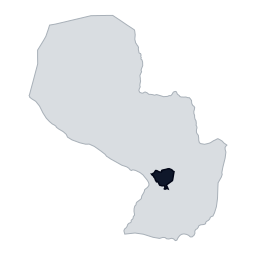 Paraguay, with Cordillera highlighted
{"feature_id": "PRY-604", "entity_name": "Cordillera", "entity_type": "Department", "adm_level": 1, "iso_a3": "PRY", "parent_name": "Paraguay", "parent_adm1": "", "projection": "robinson", "projection_center": [-57.018, -25.289], "detail": "fine", "context": "in_parent", "style": "filled", "palette": "ink", "viewbox_px": 256, "rotation_deg": 0, "n_neighbors": 0, "source": "natural_earth", "source_scale": "10m", "svg_char_len": 4268}
<svg xmlns="http://www.w3.org/2000/svg" viewBox="0 0 256 256"><path d="M134.8,39.3L135.3,41.3L135.6,42.8L136.4,43.9L137.2,45.3L137.9,46.1L138.5,47.5L138.3,49.0L138.7,51.0L139.0,52.7L139.4,53.2L140.6,53.6L141.1,55.2L140.7,56.0L140.9,56.9L141.3,57.7L140.9,58.6L141.1,59.3L141.9,59.8L142.6,62.0L142.7,65.7L141.9,67.7L141.3,69.3L141.1,70.3L141.6,71.7L140.8,73.4L139.9,75.5L140.1,77.0L140.3,78.3L140.3,79.8L140.6,81.1L140.3,82.5L140.0,83.8L139.8,85.3L140.2,86.9L139.5,88.4L139.1,89.5L138.9,90.6L139.7,92.3L141.4,93.0L142.8,93.2L144.2,92.3L145.2,92.0L147.1,92.8L148.8,94.3L150.9,94.4L152.9,94.7L154.4,95.2L156.6,94.6L158.8,95.2L161.5,96.0L163.6,96.7L165.8,96.5L167.5,96.4L169.2,95.6L170.8,95.7L172.1,94.3L172.8,93.0L173.4,92.1L175.2,91.4L176.4,91.8L177.4,94.2L179.2,95.5L179.9,96.5L181.2,97.0L184.1,97.1L185.9,97.0L187.9,97.7L189.3,97.7L190.4,98.9L191.5,100.5L191.7,103.3L192.7,105.4L194.0,106.3L194.7,107.6L194.4,109.5L193.8,111.4L193.9,113.5L194.6,115.4L194.6,117.2L195.0,119.1L196.0,120.8L196.3,123.4L196.1,125.3L196.7,126.3L197.0,127.9L196.6,129.1L196.4,130.9L196.5,132.4L197.0,133.6L198.3,135.3L198.7,138.2L198.7,140.1L199.3,142.5L200.5,143.6L202.4,143.9L204.5,144.3L207.2,143.7L209.5,143.1L210.8,142.5L213.4,140.8L215.6,139.8L216.8,139.1L217.9,138.7L220.1,139.8L222.2,141.1L223.9,143.0L226.9,145.1L226.3,145.6L225.1,147.3L225.1,149.3L225.9,152.1L225.1,158.2L222.8,167.4L221.8,172.8L222.2,174.4L221.3,177.1L218.1,182.8L217.9,186.7L217.5,198.5L216.4,206.7L214.5,212.8L212.9,216.1L211.4,216.5L210.3,217.4L209.7,219.0L208.5,220.3L206.7,221.3L205.7,222.4L205.6,223.7L203.9,224.5L200.7,224.8L198.8,225.8L198.2,227.4L197.2,228.7L195.6,229.6L194.8,231.2L194.9,233.4L194.0,235.3L192.1,236.9L190.3,236.9L188.7,235.4L186.6,234.4L183.9,233.9L181.6,234.3L179.8,235.5L178.2,237.5L176.8,240.2L175.3,240.6L173.5,238.8L171.4,238.3L168.8,239.0L166.7,238.8L165.1,237.6L162.8,237.4L159.6,238.4L153.1,237.3L143.3,234.2L135.0,233.0L124.8,234.1L123.9,230.9L124.5,229.1L126.1,227.8L127.1,226.4L127.6,224.7L128.7,223.4L130.6,222.6L131.3,221.7L131.1,220.8L131.4,220.0L132.5,219.3L133.1,218.2L133.3,216.7L133.7,216.0L134.4,215.5L134.5,214.4L134.0,211.3L134.1,208.7L134.6,206.7L135.2,205.5L135.7,205.2L136.1,204.4L136.2,203.2L136.9,202.1L140.1,199.7L141.4,198.5L141.5,197.3L141.9,195.8L143.9,192.4L144.5,190.8L144.5,190.0L145.2,189.2L147.5,187.4L148.8,185.6L149.0,184.0L148.4,182.1L147.1,180.0L142.9,174.8L139.7,172.4L135.5,170.4L132.8,169.8L131.5,170.5L130.2,169.9L128.8,168.2L126.6,166.8L121.8,165.2L110.9,159.1L106.5,156.2L105.1,154.3L101.0,151.1L94.3,146.4L89.2,144.1L85.6,144.2L79.9,142.8L72.0,139.9L67.5,137.1L66.3,134.4L63.3,131.7L58.7,129.0L56.3,127.2L56.1,126.4L54.8,125.3L52.2,123.9L49.4,121.5L46.3,118.2L43.0,113.0L39.5,106.0L35.7,101.3L31.7,98.8L29.7,97.2L29.7,96.4L29.1,95.7L29.6,94.3L31.0,89.0L33.1,81.3L35.2,73.3L37.7,63.9L37.6,57.2L37.6,50.1L41.2,44.3L43.7,40.2L45.9,36.3L48.2,29.6L49.6,25.1L55.4,24.1L65.3,21.8L70.2,20.6L80.5,18.2L91.0,15.7L102.0,15.5L112.7,15.4L121.0,20.9L127.3,25.2L134.3,29.8L134.7,30.9L135.2,34.8L134.8,39.3Z" fill="#d9dde1" stroke="#a8b0b8" stroke-width="1"/><path d="M174.0,171.6L172.8,178.9L172.4,180.6L166.6,184.8L166.5,185.0L166.5,185.3L166.6,185.6L168.0,188.6L168.1,188.9L167.1,188.5L166.9,188.4L166.7,188.4L166.4,188.5L166.2,188.7L166.1,188.8L165.9,189.0L165.7,189.0L165.4,189.1L164.7,189.1L164.3,188.9L164.3,188.7L164.7,188.2L164.9,187.9L165.0,187.7L165.0,187.4L164.8,187.1L164.8,186.9L164.7,186.2L164.6,185.9L164.4,185.8L164.1,185.7L163.9,185.7L162.2,185.8L161.5,185.7L161.0,185.5L160.7,185.4L160.1,185.4L159.7,185.1L159.5,184.9L158.4,182.6L157.9,181.8L157.6,181.5L157.4,181.5L157.1,181.8L156.9,181.9L156.7,181.9L156.4,181.7L156.2,181.3L155.3,179.8L155.2,179.3L155.1,178.8L155.0,178.5L154.7,178.0L154.0,177.2L153.3,175.9L153.1,175.7L152.1,175.0L151.5,174.1L152.3,174.1L152.9,173.5L153.1,173.4L153.3,173.3L153.6,173.2L153.9,173.0L154.1,172.8L155.2,171.2L155.5,170.6L156.0,170.5L156.7,170.7L157.2,170.8L157.6,171.1L159.1,171.8L159.9,172.1L160.4,172.1L160.8,172.1L161.3,171.9L161.5,171.7L161.7,171.4L161.7,171.2L161.6,170.9L161.7,170.6L161.8,170.4L162.0,170.3L162.2,170.2L162.5,170.1L166.2,169.3L167.5,168.9L169.1,168.7L169.4,168.8L171.6,169.7L172.0,170.0L172.9,171.1L173.0,171.1L174.0,171.6Z" fill="#0f172a" stroke="#020617" stroke-width="1.5"/></svg>